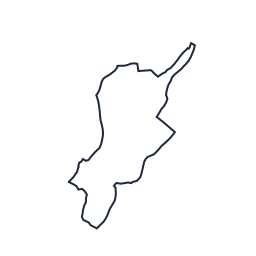 the district of Aflah Al Yaman, Hajjah, Yemen, rotated 26°
{"feature_id": "15242507B79499976279542", "entity_name": "Aflah Al Yaman", "entity_type": "district", "adm_level": 2, "iso_a3": "YEM", "parent_name": "Yemen", "parent_adm1": "Hajjah", "projection": "equal_earth", "projection_center": [43.407, 15.98], "detail": "fine", "context": "isolated", "style": "outline", "palette": "slate", "viewbox_px": 256, "rotation_deg": 26, "n_neighbors": 0, "source": "geoboundaries", "source_scale": "gbopen_adm2", "svg_char_len": 3661}
<svg xmlns="http://www.w3.org/2000/svg" viewBox="0 0 256 256"><g transform="rotate(26 128 128)"><path d="M151.8,24.3L147.5,24.1L148.0,28.5L148.0,29.8L147.8,30.1L147.5,30.2L147.0,30.0L146.6,30.1L145.6,33.4L145.1,34.6L144.3,36.9L143.4,40.6L142.8,44.3L142.0,48.2L142.0,48.5L141.6,50.3L141.1,51.8L139.9,55.6L137.8,58.5L137.1,61.4L135.2,63.8L132.4,68.7L127.5,67.4L123.9,66.1L123.0,66.1L113.5,71.6L112.4,72.3L108.2,66.2L107.4,66.5L105.2,67.2L102.4,68.9L100.0,71.5L97.5,73.6L94.4,75.1L91.6,76.6L91.2,76.9L91.8,78.3L91.0,82.2L89.4,85.5L87.8,88.7L87.0,89.8L85.7,91.5L84.1,95.0L84.2,98.9L85.1,103.0L85.3,104.6L85.7,107.0L85.4,111.0L85.1,112.4L85.6,112.8L85.9,113.1L86.3,113.5L86.7,113.8L87.1,114.3L87.5,114.8L87.8,115.2L88.2,115.6L88.8,116.2L89.3,116.7L89.7,117.2L90.1,117.8L90.5,118.3L90.8,118.7L91.1,119.0L91.3,119.4L91.6,119.9L92.0,120.4L92.5,121.2L92.8,121.6L93.1,122.1L93.3,122.4L93.5,122.8L93.7,123.1L94.0,123.5L94.2,123.9L94.5,124.3L95.0,124.9L95.2,125.4L95.5,125.7L96.0,126.6L96.4,127.3L96.7,127.9L97.1,128.4L97.4,129.0L97.9,129.8L98.3,130.4L98.6,131.0L98.8,131.4L99.2,131.8L99.7,132.6L100.1,133.1L100.3,133.5L100.8,134.0L101.1,134.5L101.6,134.9L101.8,135.3L102.0,135.5L102.6,136.2L103.0,136.6L103.4,137.1L103.9,137.8L104.2,138.1L104.5,138.6L104.8,138.8L105.2,139.4L105.5,139.8L106.0,140.5L106.3,141.0L106.5,141.3L106.8,141.6L106.9,141.9L107.1,142.3L107.3,142.8L107.7,143.3L107.9,143.9L108.0,144.2L108.3,144.8L108.5,145.2L108.6,145.6L108.8,146.1L109.0,146.5L109.1,147.1L109.4,148.1L109.7,149.1L109.9,150.0L110.1,150.6L110.4,152.0L110.5,152.5L110.7,153.0L110.8,153.9L110.9,154.7L111.0,155.5L111.0,156.1L111.1,156.8L111.1,157.2L111.1,157.7L111.1,158.4L111.0,158.8L110.9,159.2L110.7,159.6L110.2,160.7L109.9,161.5L109.6,162.3L109.4,163.1L109.1,163.7L108.9,164.4L108.7,165.0L108.5,165.8L108.4,166.4L108.2,167.0L108.0,167.4L107.8,168.2L107.7,168.6L107.5,169.2L107.3,170.0L107.2,170.6L107.1,171.1L107.1,171.6L106.9,172.3L106.8,172.8L106.7,173.2L106.5,173.9L106.3,174.4L106.0,174.6L105.7,174.8L105.4,175.1L104.5,176.0L101.1,175.6L100.7,178.9L100.5,179.0L100.2,179.5L100.0,179.9L99.4,180.3L99.7,182.0L99.7,182.6L99.7,183.1L99.8,183.3L100.7,184.5L100.7,186.0L100.9,186.6L101.0,187.3L101.1,187.8L101.2,188.4L101.2,189.2L101.4,189.5L101.4,190.0L101.4,190.8L100.9,192.0L101.0,193.4L100.8,194.0L100.7,194.7L100.6,195.3L100.5,195.7L100.5,196.1L100.3,196.5L100.2,196.9L100.0,197.5L99.9,198.0L99.7,198.5L99.5,198.9L99.4,199.4L99.1,200.2L99.1,200.7L98.9,201.1L98.8,201.6L98.7,202.1L97.6,202.4L100.8,202.5L101.2,202.5L104.2,202.5L107.3,202.9L110.5,205.0L113.4,202.9L116.0,203.5L116.4,203.6L120.1,205.7L121.1,209.8L122.5,212.9L122.8,213.4L122.6,216.8L123.4,220.9L124.7,225.0L125.5,228.0L127.8,229.9L128.1,230.2L131.2,230.2L134.2,230.2L137.0,231.7L140.1,231.8L143.1,231.9L144.0,231.9L145.6,227.2L147.1,223.1L147.2,222.5L147.6,219.7L147.7,215.9L147.3,211.2L147.2,208.2L147.4,205.3L147.9,199.1L147.8,198.7L146.9,195.0L145.5,191.7L143.0,187.2L140.7,186.1L141.5,182.8L142.5,182.2L143.4,182.0L146.0,181.2L151.9,177.0L153.7,176.5L155.0,176.2L155.7,174.6L159.2,171.6L160.5,167.3L160.4,164.4L160.0,162.8L159.2,159.2L159.1,158.8L157.4,151.3L157.5,148.0L158.3,145.5L159.9,143.7L160.6,142.9L162.9,140.2L164.1,136.6L165.3,132.7L165.5,131.6L166.1,129.1L167.7,125.6L169.0,122.2L170.0,119.4L170.3,118.6L171.2,114.8L171.9,111.1L166.9,109.8L156.9,107.2L148.9,105.5L149.1,104.1L149.5,100.1L149.7,96.3L150.8,92.4L151.1,88.2L150.6,84.4L147.7,81.6L146.7,78.6L145.8,74.8L145.4,71.0L145.8,67.0L145.4,63.2L146.5,59.4L146.6,59.1L148.3,55.4L148.8,54.3L149.8,52.1L150.9,48.3L152.1,44.8L153.1,41.0L153.3,37.2L153.1,33.2L153.0,32.0L152.9,29.3L151.8,24.3Z" fill="none" stroke="#1e293b" stroke-width="2"/></g></svg>